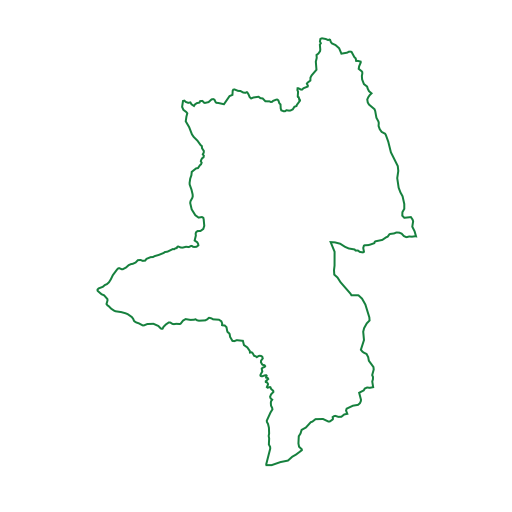 outline of Than To, Yala, Thailand, rotated 84°
{"feature_id": "78962969B74905002065974", "entity_name": "Than To", "entity_type": "district", "adm_level": 2, "iso_a3": "THA", "parent_name": "Thailand", "parent_adm1": "Yala", "projection": "mercator", "projection_center": [101.258, 6.055], "detail": "fine", "context": "isolated", "style": "outline", "palette": "green", "viewbox_px": 512, "rotation_deg": 84, "n_neighbors": 0, "source": "geoboundaries", "source_scale": "gbopen_adm2", "svg_char_len": 6065}
<svg xmlns="http://www.w3.org/2000/svg" viewBox="0 0 512 512"><g transform="rotate(84 256 256)"><path d="M106.3,124.1L103.9,126.4L101.3,127.4L99.1,127.8L96.3,130.7L91.5,132.0L88.0,131.9L85.7,131.2L84.2,131.1L83.3,131.6L80.6,134.3L78.1,133.6L74.5,131.6L73.6,131.6L72.7,134.1L72.5,136.0L69.9,136.2L68.5,137.4L63.1,139.6L62.7,140.3L62.5,142.2L63.3,144.1L63.7,149.9L58.1,151.6L54.5,154.9L52.5,158.3L50.8,159.3L48.8,159.7L48.4,160.3L48.8,161.7L47.5,163.9L46.4,167.6L46.8,169.2L48.0,169.6L49.4,170.0L51.2,169.3L52.5,170.4L57.5,170.5L59.0,170.9L61.2,172.8L62.4,174.8L65.3,174.9L69.0,176.2L77.1,176.4L82.2,181.8L84.3,183.2L87.2,183.6L89.0,186.6L89.9,187.4L92.1,186.6L92.9,186.9L94.1,191.2L95.3,192.8L95.2,193.9L93.6,196.3L93.5,197.1L95.3,197.5L97.0,197.0L101.7,197.8L102.2,197.7L102.6,196.9L105.4,196.6L105.3,196.1L106.1,196.0L109.9,199.5L111.1,200.1L111.6,202.2L114.0,204.1L114.9,206.5L114.9,207.9L114.2,210.5L115.0,211.8L115.0,213.2L113.8,215.6L111.9,216.0L107.8,215.8L106.6,216.8L103.6,217.5L102.7,218.4L102.6,219.4L103.5,222.8L104.3,223.8L104.4,225.1L103.6,226.5L103.1,230.5L100.0,232.9L99.5,235.1L97.9,236.8L98.1,242.0L98.8,244.4L97.3,245.7L94.6,246.5L92.3,247.6L92.1,248.1L92.6,249.4L92.1,251.6L90.3,254.2L89.9,256.6L88.1,260.0L88.2,261.2L89.2,261.9L93.3,262.6L94.2,265.6L101.7,272.0L99.9,277.4L99.5,279.4L98.7,280.1L96.2,281.0L95.5,282.1L95.6,283.8L98.0,287.1L98.4,290.5L98.3,291.4L96.2,293.1L96.1,295.3L97.5,296.2L97.8,298.9L98.9,300.9L100.3,302.0L98.4,304.3L96.4,305.2L96.6,307.4L95.4,309.8L94.0,311.0L94.2,312.4L100.0,313.9L103.1,312.9L105.5,310.3L106.9,309.4L110.0,310.6L114.7,311.8L120.9,309.0L128.3,307.0L131.1,305.5L135.3,302.1L139.9,299.5L141.0,298.4L143.2,298.4L146.1,296.9L147.8,297.2L149.3,298.3L150.8,297.4L152.4,297.9L153.2,299.4L154.5,300.3L156.0,301.0L157.5,300.3L159.1,301.1L159.9,302.3L162.5,304.5L162.6,306.4L165.6,311.1L168.9,311.8L172.1,313.3L176.3,314.4L178.0,314.5L183.4,313.2L188.1,312.6L190.1,312.7L191.6,313.3L194.6,315.4L196.4,315.9L202.9,315.1L209.1,312.1L211.8,309.1L211.6,305.7L212.5,304.4L214.1,304.2L220.6,304.3L223.6,305.6L225.3,308.6L225.1,311.6L226.2,313.2L227.6,313.7L229.4,313.7L234.2,315.4L236.2,313.0L237.9,312.3L239.4,312.2L240.6,314.2L240.6,316.1L240.3,317.6L239.4,318.6L239.2,319.4L240.1,321.9L239.5,324.6L240.0,328.1L239.7,329.9L238.4,332.5L238.6,333.2L239.9,334.1L239.9,335.3L240.7,336.7L240.4,338.0L242.4,343.5L242.6,346.4L243.3,347.4L244.8,352.7L245.5,356.7L246.3,358.7L246.1,360.8L247.4,365.2L249.0,366.7L249.0,369.2L247.9,371.2L247.8,373.9L249.9,376.4L250.9,379.4L251.0,381.2L251.8,383.6L253.9,386.5L255.2,389.8L255.2,390.8L253.8,393.3L253.9,394.3L254.9,395.6L260.1,400.4L264.0,402.8L266.8,405.0L268.4,407.2L269.1,409.4L270.6,411.5L271.8,415.9L272.8,417.1L273.9,417.2L274.5,416.8L277.9,413.6L279.2,411.2L283.3,408.3L284.6,408.3L288.1,409.7L289.7,408.8L290.3,407.9L293.3,405.5L295.7,402.6L296.3,401.4L297.7,395.9L299.3,391.8L300.4,389.7L303.7,385.9L305.7,384.7L307.8,384.1L308.8,383.1L309.6,382.0L310.7,379.6L313.2,375.9L313.3,374.7L312.3,371.2L312.7,365.1L315.4,360.4L318.1,358.3L318.6,357.1L318.5,356.5L316.8,355.4L314.6,352.7L313.0,349.7L313.2,348.2L314.8,346.2L315.2,344.8L315.1,342.4L315.7,338.8L315.3,337.9L312.6,335.3L311.4,332.6L312.7,327.9L312.9,324.3L312.6,322.8L313.8,321.3L314.4,319.5L314.7,313.2L313.9,311.1L312.6,309.4L312.7,308.6L313.4,306.8L314.5,305.3L315.5,299.5L317.3,297.3L319.5,296.7L321.2,297.0L321.5,296.4L321.8,294.4L323.7,292.8L327.5,292.5L328.9,292.1L329.4,291.3L330.8,290.4L333.8,290.2L338.0,288.3L338.4,286.4L337.7,283.9L339.0,277.9L343.3,277.3L346.0,274.2L349.8,272.1L351.4,272.1L351.3,270.4L352.3,269.5L355.2,268.2L355.6,266.9L356.7,265.8L355.8,264.0L355.6,263.0L355.9,261.5L356.8,260.3L358.6,260.0L360.6,261.9L362.2,262.2L364.5,261.2L365.1,260.4L365.5,259.0L366.5,258.4L367.2,259.0L367.9,261.3L368.7,262.1L371.5,261.8L374.5,263.9L375.2,264.1L375.8,263.9L376.3,262.6L375.6,259.4L375.7,258.2L376.2,257.9L377.6,258.7L378.1,258.6L378.5,257.2L379.6,256.7L381.6,259.4L382.4,259.4L382.8,258.3L384.3,257.5L385.1,257.5L387.5,258.9L388.2,258.2L387.8,255.8L388.0,255.4L389.9,254.8L391.8,253.0L393.0,252.9L395.2,255.5L397.5,256.7L399.2,256.3L400.6,254.9L402.0,256.2L403.6,256.6L406.4,256.7L408.8,255.8L410.3,255.7L413.1,257.9L420.9,262.5L422.2,262.5L424.3,261.6L428.2,261.1L433.9,261.5L436.3,262.2L438.9,262.0L444.8,262.9L447.4,261.9L449.1,262.0L464.2,267.6L465.1,267.5L465.6,262.2L463.5,253.2L462.8,245.6L459.4,240.9L457.7,237.0L453.9,230.7L453.0,230.7L450.2,233.1L446.9,233.4L439.7,232.3L437.2,230.3L433.7,228.8L431.8,224.3L427.0,218.9L426.6,217.2L424.5,213.9L425.1,206.4L428.2,201.3L428.3,200.5L428.2,199.7L426.6,196.9L426.1,196.5L424.2,196.6L423.4,195.0L423.3,193.8L424.6,190.9L424.8,187.9L422.8,184.8L422.5,181.7L419.1,182.6L417.3,181.8L415.0,175.2L414.7,170.1L413.3,168.1L411.5,167.0L410.1,166.6L402.8,167.7L400.9,162.9L399.2,161.7L398.4,159.2L399.0,156.6L398.7,153.2L393.0,153.5L390.8,152.6L388.5,152.3L386.6,152.9L381.2,150.8L378.7,150.8L372.0,154.7L368.3,155.0L365.0,156.3L363.3,159.0L362.2,160.2L360.2,161.5L350.9,157.4L342.5,157.3L339.0,156.0L334.6,152.9L332.0,149.8L328.9,149.7L315.7,152.3L309.5,155.0L305.8,158.2L305.0,165.2L303.3,166.0L290.9,174.7L285.9,177.2L282.7,180.1L278.2,179.9L273.8,178.9L260.0,177.4L250.0,180.3L250.7,176.1L252.6,171.0L256.2,166.5L258.2,163.0L259.8,157.3L261.0,156.4L261.2,154.1L262.8,152.3L263.6,149.3L263.1,148.2L259.2,148.5L257.0,147.6L256.7,146.9L256.9,143.2L256.6,141.2L255.6,137.0L254.3,136.4L253.9,135.7L253.2,128.7L250.9,124.4L250.6,123.1L248.4,121.1L248.1,120.3L248.0,116.3L247.3,114.0L247.7,111.2L249.0,108.8L251.6,106.9L252.8,104.9L253.0,104.1L252.6,101.6L253.1,98.9L253.0,95.6L253.2,94.8L248.0,95.7L243.2,97.5L237.9,96.1L236.1,96.5L233.5,97.9L233.5,104.5L231.2,106.3L227.7,105.8L224.6,103.6L219.8,103.1L211.9,104.0L207.9,105.7L203.0,107.0L193.3,107.4L186.3,105.6L181.4,105.6L167.0,111.0L156.2,112.5L149.3,114.2L147.9,114.8L145.7,118.1L142.8,119.7L139.5,120.5L136.5,120.0L135.0,120.2L131.1,121.8L124.3,122.3L122.4,122.8L117.2,127.8L115.0,128.8L112.0,129.0L109.9,127.8L107.9,126.1L106.3,124.1Z" fill="none" stroke="#15803d" stroke-width="2"/></g></svg>